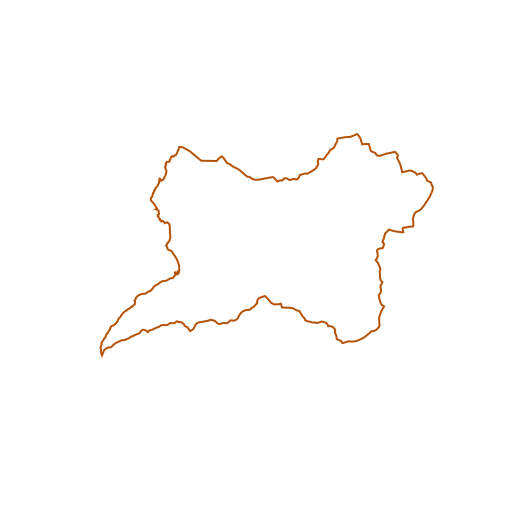 outline of Dalvíkurbyggð, Norðurland eystra, Iceland, rotated 231°
{"feature_id": "244011B31014041409595", "entity_name": "Dalvíkurbyggð", "entity_type": "district", "adm_level": 2, "iso_a3": "ISL", "parent_name": "Iceland", "parent_adm1": "Norðurland eystra", "projection": "albers", "projection_center": [-18.585, 65.893], "detail": "fine", "context": "isolated", "style": "outline", "palette": "amber", "viewbox_px": 512, "rotation_deg": 231, "n_neighbors": 0, "source": "geoboundaries", "source_scale": "gbopen_adm2", "svg_char_len": 6125}
<svg xmlns="http://www.w3.org/2000/svg" viewBox="0 0 512 512"><g transform="rotate(231 256 256)"><path d="M198.5,436.9L200.5,437.2L202.9,438.2L206.6,436.5L211.0,437.4L215.8,437.2L216.7,435.7L217.6,433.5L217.8,432.3L220.5,432.3L223.3,431.0L225.7,429.3L229.1,422.3L234.5,425.0L238.1,426.2L243.6,427.4L244.6,429.3L245.4,429.9L249.5,429.6L251.0,426.4L253.4,422.0L255.8,415.4L257.3,413.8L258.5,413.2L260.9,413.6L265.0,411.4L266.7,411.8L271.9,414.2L274.5,411.1L275.9,408.8L281.6,411.1L285.7,411.6L287.2,411.3L288.0,408.1L289.0,405.0L289.6,403.7L292.3,399.9L296.0,393.2L294.3,391.7L291.5,385.4L291.2,383.7L291.3,382.0L291.8,380.9L290.3,376.7L290.1,374.9L288.6,369.6L289.3,368.5L292.1,365.7L291.3,364.4L290.3,363.3L288.7,362.6L287.2,360.1L286.4,357.5L286.6,354.7L286.9,351.9L287.7,347.6L288.8,346.6L289.5,345.3L291.3,340.9L290.2,338.9L289.8,337.6L289.7,336.3L289.9,335.7L291.2,334.8L292.7,332.9L293.5,330.2L297.5,328.4L298.3,327.2L298.5,325.9L298.1,323.9L299.7,322.1L300.3,320.6L300.4,319.5L305.5,319.2L306.9,318.6L313.3,306.7L314.4,305.0L316.7,302.4L317.8,302.2L318.8,301.3L321.2,300.9L322.0,300.3L322.5,299.5L324.1,298.9L333.0,297.3L335.9,296.3L339.0,294.8L341.8,293.8L343.7,293.6L346.2,292.0L352.7,292.5L354.9,292.1L355.2,288.7L354.6,285.2L364.5,273.4L379.0,270.5L385.9,267.8L387.7,266.5L389.0,264.9L387.3,262.6L387.2,262.1L385.5,259.0L385.0,257.5L385.1,256.3L385.3,255.9L385.1,255.2L385.1,254.7L385.6,253.9L386.3,253.8L386.5,253.2L386.1,251.9L383.9,248.2L383.9,247.7L385.3,245.9L385.2,245.0L384.4,243.8L384.0,244.0L383.6,243.5L383.4,243.3L383.5,243.1L382.8,242.3L382.5,241.3L378.7,240.0L377.7,239.2L375.9,236.9L375.0,235.0L375.0,234.3L374.3,233.7L374.0,232.9L373.9,232.0L374.0,231.2L373.9,230.2L374.4,229.5L375.0,229.7L374.9,229.5L375.0,229.0L375.4,228.7L376.0,228.9L376.1,229.3L376.4,229.3L373.5,226.3L373.4,225.4L373.0,224.7L372.2,222.6L372.2,221.1L371.1,219.4L371.2,218.4L370.3,217.7L370.3,217.1L369.9,216.3L369.6,216.2L369.6,215.5L367.4,212.6L367.4,211.4L367.1,210.6L366.2,209.8L365.0,209.3L359.9,209.6L355.9,208.9L355.4,208.5L355.4,208.2L355.0,208.8L354.5,208.5L354.6,208.1L355.9,207.3L354.5,208.0L354.3,208.5L352.4,208.7L349.7,207.1L349.5,206.2L349.6,205.5L348.7,205.3L348.6,205.1L348.7,204.7L347.5,204.9L346.4,204.4L345.1,204.7L344.4,204.4L344.3,204.0L343.3,204.4L342.5,204.1L342.2,204.8L342.2,205.5L341.9,205.7L339.0,205.9L339.1,206.4L338.3,207.1L338.2,207.9L337.9,208.3L335.2,208.7L332.4,207.0L331.9,206.5L329.5,204.8L328.7,203.9L326.4,202.8L325.8,202.0L324.3,201.3L323.2,199.4L322.4,198.6L322.1,197.8L321.9,196.3L321.5,195.5L321.7,194.8L321.0,194.2L320.8,193.7L320.8,192.8L318.4,192.4L316.9,191.7L315.8,191.8L313.3,193.4L306.2,192.9L302.0,192.1L297.0,190.2L293.4,187.6L292.4,186.5L292.9,183.8L292.3,185.7L291.7,185.6L291.4,184.9L292.0,184.9L291.2,184.4L291.5,183.0L293.3,183.5L292.9,183.2L292.9,182.2L293.0,182.2L293.9,182.4L294.9,183.5L294.0,182.3L292.1,181.8L291.9,179.8L291.4,178.8L291.3,177.9L291.4,176.9L292.5,175.4L292.9,173.5L293.0,171.9L293.1,171.4L293.8,169.7L295.1,167.9L295.6,166.3L295.8,164.2L295.8,161.8L296.5,158.8L296.3,157.1L295.8,155.4L295.7,154.2L295.3,153.1L295.5,151.2L296.0,149.9L296.4,146.5L296.8,145.5L298.4,143.4L298.9,141.7L298.9,141.1L299.4,140.2L299.3,137.2L298.9,136.1L298.0,134.8L297.7,133.4L296.3,133.1L294.7,131.3L294.7,129.4L294.5,128.3L294.7,127.8L294.8,126.9L295.1,126.6L294.7,125.5L295.1,123.3L295.3,123.0L295.1,121.3L295.4,119.2L295.4,116.7L293.9,111.5L293.7,109.7L292.5,107.5L291.7,104.7L291.8,101.4L292.5,99.7L292.0,98.0L291.0,96.6L290.6,94.9L289.4,92.1L289.3,91.8L289.6,91.6L289.6,91.2L288.6,89.2L287.8,88.4L287.3,85.5L286.8,85.0L286.0,81.7L285.6,81.1L284.3,80.3L282.9,77.7L280.1,76.1L279.2,75.1L275.7,73.8L278.3,78.5L278.5,79.3L278.3,82.3L278.1,83.1L276.5,85.6L276.3,86.6L276.7,89.8L276.7,91.8L275.1,98.5L274.5,99.5L273.6,100.3L272.2,105.1L272.0,106.7L272.1,108.2L271.1,109.6L270.9,112.0L270.0,114.7L269.6,115.3L269.4,117.2L269.4,117.7L270.1,119.1L270.0,121.3L269.7,122.0L267.6,123.5L264.8,124.1L265.2,126.2L263.9,129.3L263.4,132.1L262.0,136.1L261.9,138.6L260.6,140.6L259.0,142.4L258.1,144.0L257.8,147.2L255.8,149.4L255.1,150.8L255.0,151.8L255.2,152.9L254.7,153.8L253.7,154.0L251.8,156.0L250.5,156.6L248.4,157.1L246.8,156.6L243.5,157.8L239.2,157.5L238.9,158.4L238.7,161.0L238.8,161.8L240.8,166.2L240.7,169.0L235.8,178.1L235.1,180.5L231.6,183.2L228.4,183.6L226.4,184.4L224.2,189.0L222.3,190.8L221.9,191.7L221.8,192.8L222.1,195.5L221.9,196.0L219.9,197.8L219.0,199.6L219.0,202.5L220.5,205.6L221.2,208.4L221.3,209.5L221.3,211.2L220.7,213.2L219.9,214.8L218.2,217.2L218.1,217.8L218.4,219.5L218.3,220.4L218.1,221.1L217.9,222.2L218.3,224.4L218.5,226.6L218.9,227.4L220.6,229.0L220.9,229.7L221.4,231.9L220.9,233.6L219.2,237.8L213.9,238.3L210.3,238.2L208.3,239.0L206.6,240.1L205.6,241.4L204.3,243.2L203.3,245.4L199.7,243.8L193.4,250.9L191.7,252.0L188.0,253.5L185.8,255.1L180.0,254.3L176.2,254.4L175.1,253.8L173.3,254.7L168.3,258.5L166.5,260.6L165.5,261.1L163.7,265.9L160.2,268.3L157.9,268.6L155.9,267.9L155.2,269.1L154.4,269.9L152.5,271.0L149.5,271.2L147.7,270.3L146.8,269.1L143.3,268.2L140.7,266.5L136.1,268.7L134.0,268.3L133.4,269.4L131.9,273.2L131.3,274.3L128.2,277.9L126.5,281.2L125.6,284.3L124.6,288.8L124.6,292.7L124.7,294.6L124.5,295.5L125.0,297.9L123.7,300.2L123.3,301.2L123.0,303.2L123.1,305.0L123.5,307.0L124.5,308.5L129.1,311.6L131.4,313.8L134.7,319.7L136.2,323.8L138.6,323.1L140.0,323.0L143.6,324.2L145.8,325.3L148.5,327.0L148.6,328.0L148.8,328.9L149.6,330.4L150.1,331.0L150.8,331.8L153.7,333.3L154.4,333.9L156.0,337.7L158.0,337.6L160.6,338.4L166.4,342.7L167.3,344.2L169.3,345.2L173.9,346.4L177.5,346.4L177.9,348.1L179.2,350.5L180.8,351.7L183.6,353.1L184.2,353.7L184.5,354.7L184.4,355.6L183.5,357.8L182.5,359.1L182.5,359.6L183.0,360.7L184.7,363.0L187.6,363.3L188.9,366.0L192.2,370.5L192.4,371.5L192.4,373.6L193.0,375.7L187.7,379.5L182.0,384.9L181.8,385.4L184.6,386.9L185.4,388.1L185.2,388.8L183.5,390.9L182.0,394.0L180.2,396.5L180.3,397.2L180.7,397.6L186.3,401.5L188.6,404.9L189.4,406.6L189.5,407.4L188.6,411.4L188.5,412.7L188.6,414.1L189.3,417.6L190.9,422.5L191.8,425.7L193.0,429.0L195.9,434.4L196.8,435.5L198.5,436.9Z" fill="none" stroke="#b45309" stroke-width="2"/></g></svg>